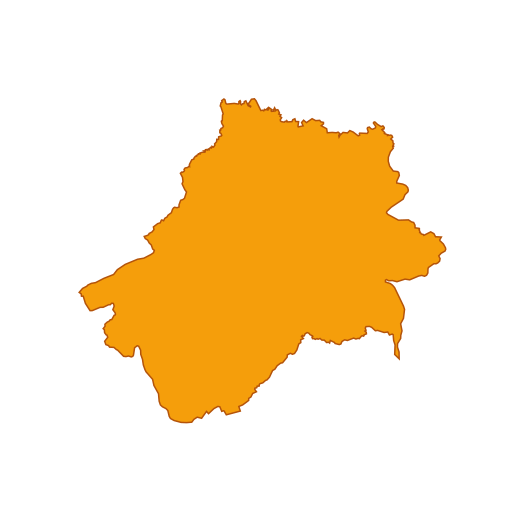 the district of Bang Khan, Nakhon Si Thammarat, Thailand, rotated 244°
{"feature_id": "78962969B90673540736584", "entity_name": "Bang Khan", "entity_type": "district", "adm_level": 2, "iso_a3": "THA", "parent_name": "Thailand", "parent_adm1": "Nakhon Si Thammarat", "projection": "orthographic", "projection_center": [99.513, 8.009], "detail": "fine", "context": "isolated", "style": "filled", "palette": "amber", "viewbox_px": 512, "rotation_deg": 244, "n_neighbors": 0, "source": "geoboundaries", "source_scale": "gbopen_adm2", "svg_char_len": 6135}
<svg xmlns="http://www.w3.org/2000/svg" viewBox="0 0 512 512"><g transform="rotate(244 256 256)"><path d="M406.5,289.6L405.7,289.9L398.1,288.8L397.4,287.7L392.4,285.0L392.5,284.2L392.0,283.8L389.9,283.4L387.0,283.7L385.9,282.2L386.0,280.4L385.0,279.7L385.0,278.8L384.4,279.0L384.2,278.3L382.6,277.5L381.6,278.2L379.4,278.1L379.1,277.4L379.5,274.7L377.2,273.4L378.1,271.9L376.0,270.7L374.9,267.9L373.7,267.7L372.5,265.6L373.7,264.6L373.0,264.4L372.7,263.2L373.5,263.1L373.0,261.0L372.2,260.5L372.9,260.1L372.4,259.1L373.1,259.0L373.7,257.2L373.3,256.5L372.8,256.8L372.6,256.4L373.1,255.5L372.1,256.0L371.7,255.6L372.7,253.6L373.1,250.7L372.3,250.5L373.1,249.1L372.6,248.9L372.4,246.4L371.8,246.3L372.1,245.0L371.1,243.0L370.4,242.7L370.6,240.4L367.5,236.3L365.6,235.5L366.1,235.2L365.5,233.3L366.2,230.9L365.4,229.3L364.2,229.2L363.6,228.3L363.5,226.5L364.0,226.0L363.5,224.3L358.9,224.4L354.9,223.0L353.3,221.2L346.7,221.1L344.0,221.6L339.2,217.0L338.8,215.2L339.1,212.7L335.7,209.2L333.8,208.3L334.0,206.2L335.5,204.2L335.4,203.1L334.6,201.5L332.0,198.9L331.2,194.7L330.1,193.2L329.9,190.6L328.2,188.4L329.7,187.2L329.6,186.5L327.8,184.5L328.2,181.8L327.1,176.5L324.5,175.9L323.2,173.1L323.1,169.8L322.3,168.9L322.1,167.5L322.6,164.1L320.2,164.1L317.8,165.6L314.5,165.7L311.9,166.7L307.5,166.2L305.7,167.1L303.9,165.4L303.4,162.4L303.2,154.3L305.0,148.1L305.8,134.8L304.5,125.4L301.8,119.9L302.6,109.5L302.4,100.1L303.6,96.0L303.6,92.1L303.0,90.6L302.9,85.9L300.8,81.1L298.5,82.3L296.4,81.5L295.6,83.1L288.2,81.9L279.6,82.9L278.7,84.9L278.2,93.3L276.9,96.2L276.8,102.4L276.1,103.5L276.8,105.7L275.9,107.0L273.2,106.6L270.5,103.8L266.8,104.5L265.2,104.1L264.7,103.4L264.9,102.5L262.1,98.5L262.6,97.0L261.8,95.4L261.8,93.3L260.9,90.3L259.0,89.5L257.7,86.8L256.3,87.4L253.4,86.3L250.7,86.8L250.2,87.4L247.9,87.1L245.7,82.6L242.2,82.2L240.1,84.2L238.3,84.4L236.1,88.3L233.0,89.5L232.2,90.3L223.9,93.0L222.6,95.0L222.0,97.6L220.0,99.6L219.8,101.2L220.6,102.4L226.8,106.7L227.4,109.9L226.3,111.0L221.9,111.0L218.1,109.3L212.9,108.7L207.5,107.0L202.6,106.4L200.1,106.4L190.5,109.0L184.4,107.5L175.0,108.0L167.9,105.3L164.1,104.8L161.5,105.8L158.3,108.2L155.8,109.0L149.9,107.7L147.4,107.9L144.0,110.3L139.3,115.7L136.7,120.5L134.8,125.4L136.4,128.6L136.9,132.5L134.0,136.0L138.0,143.4L135.1,144.2L137.3,151.3L137.5,155.8L136.3,157.4L131.4,157.1L131.2,158.8L130.6,159.4L126.3,159.7L123.5,173.9L128.3,174.6L128.0,178.7L129.4,186.1L131.2,187.0L131.5,189.6L133.9,192.7L133.8,196.9L136.6,196.4L137.7,197.0L137.3,198.9L138.5,200.0L137.7,201.8L139.1,202.7L139.5,203.6L139.0,206.5L140.0,210.1L139.8,211.6L141.2,215.0L145.8,220.7L146.0,223.4L148.1,226.9L148.9,231.1L148.4,233.1L151.4,239.6L153.4,240.8L153.5,244.2L151.7,245.7L151.5,247.9L153.6,251.5L158.2,255.9L158.5,258.3L161.1,259.4L161.0,262.4L163.9,261.7L164.2,263.0L163.2,263.4L163.1,264.4L164.5,265.9L164.8,268.3L163.4,269.7L161.6,270.1L159.4,271.8L158.7,271.7L158.5,270.7L156.9,270.6L156.3,272.0L155.1,272.7L155.0,274.7L154.0,275.3L153.8,277.4L151.6,278.3L150.4,280.5L147.3,281.5L146.6,283.5L145.5,284.0L147.5,285.8L143.9,288.6L142.7,288.7L139.9,292.0L139.7,293.7L141.5,295.8L141.8,298.9L140.0,301.1L139.4,307.8L137.6,309.4L137.2,311.7L136.4,312.6L137.8,315.7L137.7,316.6L136.9,317.3L137.0,318.1L137.8,318.6L137.6,321.1L139.2,321.7L140.8,321.0L141.0,322.3L143.3,322.6L144.3,323.9L143.0,327.1L141.2,328.7L136.5,330.5L135.8,332.7L131.1,337.6L129.9,341.1L126.5,341.3L126.1,344.2L125.2,344.8L119.8,342.7L115.1,342.0L106.7,337.5L100.8,339.6L107.0,342.5L112.1,343.2L115.2,344.8L118.5,349.9L121.3,351.4L124.7,354.4L131.7,356.3L135.3,361.2L142.9,366.1L146.3,366.6L166.9,366.7L169.9,365.9L172.3,364.7L175.9,361.0L177.5,361.7L177.6,363.0L175.6,364.4L174.1,367.9L171.1,371.4L169.9,379.8L167.2,383.7L166.7,393.4L165.9,396.5L163.9,398.6L163.9,400.8L165.4,403.0L169.2,405.0L170.1,406.0L171.1,412.5L170.1,414.4L170.1,416.3L170.9,418.8L173.0,420.3L176.0,420.3L177.3,423.6L177.6,428.1L178.9,429.5L180.4,429.9L184.6,429.7L189.2,428.0L189.9,428.1L191.8,430.9L194.6,425.8L198.1,425.7L201.1,423.6L201.0,415.9L202.0,415.8L203.3,414.2L204.6,414.1L205.3,413.4L205.9,414.0L208.2,414.1L208.6,414.8L209.3,414.8L211.6,411.3L214.0,412.4L217.0,412.4L218.5,410.7L221.6,408.9L225.7,399.8L235.5,392.8L237.6,392.2L238.7,393.1L240.6,399.0L242.6,413.2L245.8,416.8L247.1,420.7L248.5,421.8L251.0,422.3L253.8,421.5L256.3,419.4L259.9,414.5L261.4,415.2L265.5,420.1L268.4,420.9L269.7,420.4L272.2,416.6L278.1,415.5L283.1,416.4L286.8,418.3L290.8,422.5L292.7,426.6L294.5,426.8L294.9,427.2L294.4,427.8L295.9,428.2L296.3,429.1L297.6,428.7L299.5,429.5L302.1,428.4L302.9,430.9L304.8,430.9L305.6,430.1L306.2,428.3L306.7,428.2L306.7,427.1L307.3,427.4L309.8,425.1L310.4,425.8L314.4,424.5L314.6,425.8L314.0,426.4L314.5,427.1L315.4,427.6L317.3,427.1L317.5,425.2L321.0,422.9L324.2,421.7L324.7,421.0L324.1,419.8L320.0,420.4L318.8,419.5L318.8,416.4L319.9,415.2L322.2,414.4L322.5,412.6L321.7,411.8L318.3,411.3L317.4,409.7L321.0,403.1L320.8,402.6L319.1,402.1L319.2,400.5L324.8,397.7L327.6,395.3L326.5,392.2L328.9,388.4L327.7,384.4L326.5,382.8L327.9,383.1L329.3,385.0L331.3,384.1L331.6,382.1L333.7,378.6L335.5,374.1L339.4,375.3L344.5,371.7L345.2,374.6L346.5,375.2L348.2,373.1L350.0,372.7L351.5,369.0L354.8,366.6L353.8,359.8L357.2,358.3L356.0,355.5L352.3,355.4L353.5,350.6L354.2,350.6L358.1,353.2L359.5,350.6L362.3,351.1L362.4,348.9L361.0,347.2L362.6,343.3L364.1,343.0L363.4,342.2L364.3,341.4L363.9,340.1L365.5,337.9L366.5,337.2L367.8,337.5L369.1,339.7L371.1,338.8L371.9,340.3L373.6,338.7L374.4,339.8L377.5,339.9L378.4,339.0L378.0,337.0L379.6,337.7L381.1,337.7L379.6,335.8L378.4,335.3L379.2,333.3L379.8,333.2L380.5,334.5L384.1,332.5L383.6,330.8L382.6,332.0L381.9,330.7L383.3,329.2L383.3,328.2L384.1,327.8L383.1,326.6L384.2,325.7L384.6,324.1L395.6,324.1L398.0,323.5L398.9,320.6L396.6,316.8L396.4,315.5L395.7,315.3L392.9,316.9L392.4,316.4L394.6,314.8L399.9,314.9L399.9,313.2L398.3,312.0L398.7,310.4L398.2,309.2L399.5,308.7L401.7,309.9L402.6,309.8L402.3,308.3L400.6,307.5L400.4,306.6L402.7,303.3L405.3,296.4L406.3,295.8L410.1,296.6L411.2,296.0L410.7,293.3L409.2,293.1L409.1,291.8L406.5,289.6Z" fill="#f59e0b" stroke="#b45309" stroke-width="1.5"/></g></svg>